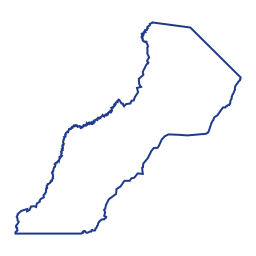 the district of Feijó, Acre, Brazil
{"feature_id": "56859067B34777651635639", "entity_name": "Feijó", "entity_type": "district", "adm_level": 2, "iso_a3": "BRA", "parent_name": "Brazil", "parent_adm1": "Acre", "projection": "natural_earth1", "projection_center": [-71.035, -8.896], "detail": "fine", "context": "isolated", "style": "outline", "palette": "blue", "viewbox_px": 256, "rotation_deg": 0, "n_neighbors": 0, "source": "geoboundaries", "source_scale": "gbopen_adm2", "svg_char_len": 5737}
<svg xmlns="http://www.w3.org/2000/svg" viewBox="0 0 256 256"><path d="M240.6,77.4L190.3,27.5L152.7,22.5L152.4,22.4L152.0,23.0L150.0,23.8L149.8,24.0L149.9,25.2L149.5,25.6L148.0,26.3L147.3,27.1L147.9,28.2L147.1,28.5L146.8,30.1L145.2,30.0L144.8,30.3L145.4,32.1L143.8,32.1L143.7,32.5L144.0,33.3L143.8,33.8L142.8,34.3L142.6,34.6L142.3,34.5L142.2,33.8L142.0,33.6L141.7,33.8L141.8,34.4L142.9,35.4L142.3,35.6L142.1,35.9L142.7,36.4L142.7,36.9L141.6,37.2L142.3,38.6L142.8,39.0L142.7,39.4L142.8,39.8L142.6,40.0L143.1,40.8L143.4,40.7L144.0,41.5L144.4,41.5L144.9,41.9L146.0,41.5L146.6,41.9L146.5,43.0L147.5,44.5L147.7,45.7L148.0,46.5L147.9,46.9L147.3,47.7L147.5,52.1L147.2,53.3L149.1,57.3L148.9,57.9L148.2,58.7L147.1,60.9L147.5,61.8L148.4,62.5L148.3,62.8L147.9,63.6L147.3,63.7L146.5,64.4L142.7,72.0L143.4,74.8L138.8,78.9L139.2,84.2L141.1,86.9L137.0,87.9L138.1,92.3L135.0,96.8L133.7,100.5L131.6,100.7L130.3,103.5L126.0,104.1L124.1,106.3L123.3,105.3L122.9,103.6L121.5,103.5L119.5,100.2L118.7,99.6L118.2,100.1L117.9,100.9L117.7,100.8L117.1,101.3L117.0,101.7L117.2,102.1L116.5,102.0L115.5,103.1L115.8,103.8L115.6,104.4L115.4,104.6L115.3,103.8L115.0,103.9L115.0,104.2L114.8,104.1L114.3,104.4L114.1,104.8L114.4,105.8L114.3,106.2L113.3,106.6L113.3,107.1L112.9,107.2L112.8,107.7L112.5,107.7L112.2,108.3L111.9,108.4L111.5,107.7L111.3,107.8L111.8,108.7L111.6,109.4L112.0,110.3L111.9,110.7L111.2,110.6L111.0,110.9L111.4,111.3L111.3,111.7L110.7,111.0L110.3,110.9L109.9,112.2L109.4,111.8L109.1,111.9L108.9,112.2L109.0,112.5L107.8,113.0L107.6,113.3L107.7,113.8L108.0,114.1L107.9,114.5L107.7,114.7L107.2,114.3L106.3,114.6L106.1,114.3L105.8,114.4L105.8,114.8L106.3,115.2L106.3,115.6L106.0,115.9L106.0,116.2L105.8,115.6L105.1,115.1L104.6,115.3L104.1,116.5L103.9,116.3L104.0,115.5L103.6,115.4L103.0,116.1L102.6,116.1L102.4,115.5L101.7,116.8L101.9,117.1L101.2,116.7L100.3,117.2L100.3,118.1L99.9,118.0L99.2,118.6L98.3,117.7L98.0,117.7L97.3,118.8L97.3,120.0L97.0,119.9L96.6,119.3L96.3,119.4L95.9,119.9L95.5,119.9L94.4,120.6L94.5,121.0L94.1,120.8L93.8,122.6L93.1,122.0L92.8,122.6L93.0,123.3L92.6,124.0L92.3,124.0L91.7,123.2L91.4,123.2L91.2,123.6L90.9,123.4L90.6,123.6L90.4,123.5L90.7,122.6L90.3,122.8L89.8,123.6L89.3,122.8L88.6,123.1L88.6,122.7L88.3,122.8L88.3,123.5L88.0,123.3L87.9,123.5L87.7,124.2L87.0,124.9L86.6,124.0L86.4,125.0L86.2,125.1L85.9,125.2L85.9,124.8L85.1,125.1L85.4,125.6L84.7,125.7L84.7,125.3L84.2,125.2L84.3,125.5L83.9,126.2L83.6,126.3L83.3,126.0L83.0,126.6L82.6,126.6L82.6,127.2L82.3,127.5L81.1,127.9L81.2,126.9L80.7,126.9L80.4,127.3L80.0,126.2L79.2,126.1L78.7,126.5L78.2,126.3L78.0,126.8L77.7,126.9L77.1,125.9L77.0,126.2L76.0,125.4L75.7,125.8L75.4,125.6L75.1,125.9L74.9,125.2L73.9,125.4L73.7,126.1L73.3,126.1L73.0,126.6L72.7,126.7L72.6,127.7L72.4,127.8L71.8,127.4L71.7,127.7L71.3,128.1L71.4,128.5L71.2,128.7L70.8,128.5L70.6,128.9L70.0,128.8L69.8,129.2L69.0,129.2L69.0,129.7L68.4,130.7L68.5,131.0L68.2,131.9L67.7,131.6L67.4,131.7L67.4,132.4L66.2,132.7L65.2,134.3L65.3,134.6L65.7,134.7L65.5,136.0L65.2,135.8L64.9,136.4L64.2,136.8L64.6,137.3L64.3,137.9L64.2,138.7L63.7,138.8L63.7,139.9L63.4,140.2L63.4,140.7L63.2,141.1L63.3,141.5L63.0,142.3L63.5,143.4L63.5,143.7L63.8,143.9L63.4,144.4L63.4,144.8L62.8,144.8L62.4,145.3L62.3,145.7L62.7,146.0L62.8,146.9L62.5,146.7L62.4,147.0L62.7,147.2L62.7,148.0L62.6,148.8L61.9,149.1L62.7,150.1L62.4,150.2L61.0,151.6L61.2,152.5L61.6,152.6L61.4,153.1L61.7,153.7L61.4,154.0L61.1,155.3L61.9,155.8L61.5,156.3L60.6,156.6L60.8,156.9L60.7,157.3L60.5,157.5L60.3,157.0L60.0,156.9L59.9,157.6L59.6,157.6L59.7,157.8L59.7,158.7L59.4,158.8L59.0,160.8L58.9,160.6L58.5,160.6L58.3,160.8L58.4,161.4L57.5,161.6L57.2,161.9L57.1,162.6L56.6,162.8L56.0,162.8L55.6,163.4L55.3,163.3L54.7,164.0L55.0,164.2L55.1,164.6L55.4,164.7L55.1,166.3L54.5,166.9L54.6,167.1L54.0,167.4L53.5,169.1L53.6,169.5L53.4,170.7L53.0,170.8L52.4,171.9L52.7,172.0L52.5,173.0L52.3,173.1L52.5,173.4L52.3,173.7L52.9,174.6L53.1,176.1L52.7,177.3L53.1,178.1L52.5,178.8L52.4,179.9L51.9,180.2L51.9,180.7L51.1,180.6L50.8,181.0L50.9,181.8L50.3,182.1L50.1,182.8L48.4,184.0L47.8,184.0L47.4,184.4L47.3,185.5L46.6,186.2L47.2,187.7L47.1,188.1L46.1,188.5L46.0,188.9L46.3,189.7L45.9,191.0L46.1,191.9L45.6,192.8L45.1,193.1L44.6,194.3L44.4,194.6L43.8,194.7L43.5,195.4L43.8,197.4L41.0,198.8L39.7,200.4L39.8,201.7L36.8,203.5L36.1,207.0L34.2,206.2L31.0,206.5L29.6,210.0L27.1,211.2L27.3,209.0L21.2,210.9L17.7,214.1L17.9,214.3L17.8,214.8L17.5,215.5L16.8,216.4L16.7,217.1L17.3,217.8L17.5,218.5L17.5,220.2L18.7,221.8L17.4,224.2L16.6,224.9L16.5,225.4L16.0,226.0L16.1,227.3L16.5,227.7L17.1,227.8L17.1,229.1L17.5,230.1L16.9,231.1L15.5,232.0L15.4,232.8L15.5,233.6L81.5,233.6L82.6,232.1L83.1,232.6L83.3,232.4L83.5,231.3L83.9,231.0L84.6,230.9L86.4,232.7L87.2,232.8L90.2,231.5L91.2,231.5L91.6,230.8L91.7,230.1L92.2,229.9L92.7,230.4L93.8,230.6L95.2,230.3L95.6,228.5L96.6,227.6L97.1,225.9L97.6,225.7L98.4,222.8L98.8,222.5L99.1,221.6L102.0,219.4L104.0,219.4L104.3,218.8L105.5,218.2L106.2,217.0L104.2,215.9L105.1,212.4L104.1,209.7L105.2,208.7L106.0,204.9L108.8,199.3L116.1,193.9L116.5,189.1L120.5,186.5L124.4,180.8L129.7,180.8L131.4,178.3L134.3,177.7L137.7,173.4L142.8,173.9L142.1,167.8L143.0,167.2L143.2,163.7L147.7,158.3L151.3,151.1L153.7,148.1L157.6,147.8L158.8,146.0L161.7,139.6L164.7,136.3L168.5,134.4L178.9,134.8L187.4,135.4L205.9,133.8L208.0,132.6L209.1,130.3L211.6,122.6L213.4,119.7L214.3,117.3L217.4,115.3L222.9,107.5L225.4,107.4L226.0,106.4L226.9,106.2L227.2,105.5L228.0,105.2L229.0,105.1L229.4,104.2L230.1,103.8L230.4,100.8L231.7,98.5L231.6,96.9L232.0,96.5L232.4,94.7L233.2,93.8L233.7,92.4L234.0,92.0L234.4,90.6L234.9,90.1L234.9,87.9L235.3,86.3L236.1,84.9L237.7,83.0L237.8,82.4L240.0,80.2L240.2,79.8L240.0,79.4L240.3,79.3L240.6,77.9L240.6,77.4Z" fill="none" stroke="#1e3a8a" stroke-width="2"/></svg>